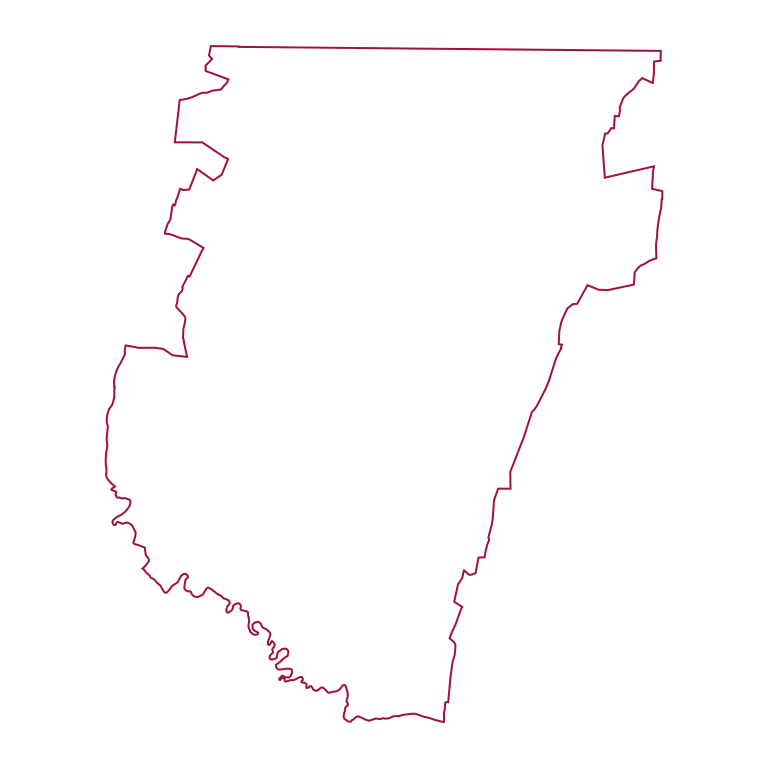 the district of Polonuevo, Atlántico, Colombia
{"feature_id": "7082276B89878493029367", "entity_name": "Polonuevo", "entity_type": "district", "adm_level": 2, "iso_a3": "COL", "parent_name": "Colombia", "parent_adm1": "Atlántico", "projection": "orthographic", "projection_center": [-74.861, 10.76], "detail": "fine", "context": "isolated", "style": "outline", "palette": "rose", "viewbox_px": 768, "rotation_deg": 0, "n_neighbors": 0, "source": "geoboundaries", "source_scale": "gbopen_adm2", "svg_char_len": 6097}
<svg xmlns="http://www.w3.org/2000/svg" viewBox="0 0 768 768"><path d="M233.9,604.9L237.0,603.4L238.5,603.4L239.4,603.7L240.7,605.0L240.9,606.2L240.4,608.7L240.7,609.6L241.6,610.2L247.0,611.4L248.0,612.5L248.0,614.8L249.2,620.3L248.4,625.9L249.0,628.6L249.9,630.1L250.0,631.5L252.4,633.8L254.0,634.6L255.6,634.8L257.7,634.3L258.0,632.8L257.3,632.0L254.3,630.6L252.8,628.8L252.4,625.3L252.5,624.8L253.9,623.2L255.9,622.2L257.1,622.0L258.2,621.9L260.4,623.0L262.4,627.3L266.5,629.4L269.7,632.3L270.5,634.5L268.0,641.7L268.1,644.5L269.2,644.9L269.9,644.5L271.5,641.5L272.0,641.1L273.3,642.0L274.8,644.5L274.1,646.9L272.7,648.3L272.3,649.5L273.0,652.2L272.5,653.2L270.7,654.7L269.9,655.9L269.5,657.3L269.8,658.9L271.2,659.5L272.5,659.4L274.9,658.8L276.7,657.9L277.6,652.6L278.5,651.6L282.5,648.9L285.6,648.6L286.6,649.0L288.3,651.0L288.3,653.0L287.5,656.1L286.0,656.7L282.6,659.3L280.8,661.2L276.0,664.8L276.1,666.9L277.2,668.6L278.5,669.6L282.8,669.3L285.3,668.7L290.5,668.8L291.3,669.2L292.1,670.5L292.2,672.3L290.6,676.2L289.6,677.0L288.9,677.4L286.6,677.4L285.0,677.0L283.1,675.8L282.1,675.7L279.7,678.2L279.2,679.6L279.6,679.9L280.1,680.0L281.6,678.4L282.7,678.1L283.8,678.2L284.6,678.9L284.8,681.2L285.2,681.5L287.0,681.3L290.4,680.2L293.3,680.1L296.1,679.1L298.5,677.7L300.6,676.9L301.5,677.0L302.2,677.3L302.8,678.7L302.8,680.0L301.6,680.9L301.5,682.1L302.0,682.5L304.3,682.8L306.2,683.7L306.5,684.6L306.3,687.3L306.7,688.1L309.1,687.3L309.6,686.3L311.0,686.1L311.7,686.7L313.3,689.6L315.0,690.6L316.4,690.8L318.0,690.2L320.9,687.7L321.9,687.4L324.0,688.3L328.0,692.5L329.3,692.8L333.5,691.5L335.7,691.5L337.2,691.0L340.0,689.2L342.0,686.2L342.9,685.3L344.1,685.1L345.1,685.2L345.8,686.1L347.7,693.1L347.8,696.4L346.7,699.9L346.5,701.4L347.7,703.2L347.9,704.4L347.7,705.5L345.9,706.8L345.2,707.8L345.2,710.6L344.2,712.7L343.6,716.0L343.8,717.4L344.5,719.1L345.8,719.7L347.8,721.2L349.7,721.8L350.8,721.7L351.8,720.2L353.2,719.6L356.4,716.7L358.0,716.3L360.1,717.0L364.9,719.4L368.4,720.6L369.4,720.6L375.8,718.5L379.0,719.0L381.1,718.9L381.8,718.4L382.9,718.2L385.4,718.7L388.9,718.3L393.7,716.2L398.1,716.0L399.3,716.3L399.9,715.8L403.2,714.8L412.6,713.7L415.4,713.8L424.8,717.1L428.2,717.6L434.6,719.8L442.5,721.8L444.0,721.9L444.1,719.6L443.9,713.0L444.8,709.4L445.0,703.6L445.4,702.6L446.0,702.2L448.2,702.1L450.4,677.9L452.5,662.5L454.7,654.6L455.4,647.5L455.4,644.9L454.3,642.5L449.6,638.3L451.0,634.2L455.6,624.2L460.5,610.6L462.2,606.9L454.2,601.7L458.1,583.9L459.5,582.3L462.3,577.7L463.5,571.6L464.1,570.4L468.6,574.4L469.6,574.9L470.8,574.8L475.6,573.2L478.5,557.6L484.6,557.3L485.9,549.6L487.6,543.7L489.3,539.5L488.4,537.7L488.5,536.9L491.9,524.1L492.8,517.6L494.0,500.3L498.1,488.7L510.5,488.7L510.3,471.8L523.8,437.2L531.8,412.3L535.1,408.6L537.2,405.3L545.7,388.6L548.7,381.4L556.2,358.0L558.6,353.0L561.3,348.4L560.8,348.0L562.0,344.7L558.7,344.1L559.4,330.8L561.0,323.2L562.1,319.7L563.8,315.9L567.4,308.4L572.8,304.2L577.1,303.9L587.5,285.2L598.6,289.7L607.9,290.1L633.8,284.6L634.5,276.5L634.6,272.4L638.1,267.9L640.7,265.6L644.8,263.8L649.2,260.9L653.9,259.0L656.4,258.4L656.0,245.7L656.4,241.0L657.0,237.3L657.4,229.9L658.9,218.2L661.2,207.6L661.7,199.2L662.2,199.2L662.3,191.1L652.1,188.8L653.0,171.7L654.0,166.3L604.8,177.7L602.4,145.3L605.2,133.5L607.7,133.4L611.2,128.1L613.9,128.4L614.8,115.9L618.8,116.4L619.9,111.3L619.7,108.4L620.1,106.2L622.8,99.3L624.6,96.5L628.8,92.6L631.4,90.8L633.8,88.7L639.1,80.9L642.2,78.1L652.7,83.0L653.8,74.8L654.1,61.5L660.6,60.8L660.8,50.9L238.7,46.9L238.7,46.4L210.9,46.1L209.0,55.5L212.1,59.0L205.5,65.7L205.7,71.0L228.5,79.4L227.0,82.4L225.3,84.7L224.2,85.4L221.2,89.4L212.2,90.7L207.3,92.6L202.2,92.9L200.3,93.5L191.5,97.4L187.0,98.8L179.7,100.1L174.8,142.3L202.3,142.4L225.0,157.7L226.8,158.2L228.1,159.2L221.6,174.8L213.2,180.4L197.2,169.1L189.3,189.5L183.2,190.0L180.1,188.8L177.1,198.4L176.0,200.5L175.4,204.0L174.6,205.4L173.4,204.5L172.3,206.4L170.3,219.6L169.3,221.5L167.9,223.3L165.0,231.9L165.0,233.7L168.3,233.9L172.6,235.0L181.0,238.4L187.9,238.9L189.8,239.7L203.6,248.0L202.3,250.0L189.6,276.5L187.9,275.9L182.2,287.3L182.7,288.1L182.1,290.9L179.2,293.8L178.3,295.3L177.8,297.1L177.2,302.4L176.2,305.8L176.2,306.7L177.0,307.8L183.4,314.7L185.0,317.0L185.4,318.1L185.0,322.0L183.4,328.8L183.0,338.3L183.5,338.8L183.9,342.2L187.1,356.9L172.6,355.3L163.2,348.9L155.1,347.8L138.5,347.8L125.7,345.4L124.8,349.2L124.9,354.5L120.1,363.9L118.3,366.8L116.6,370.6L114.9,375.8L114.0,381.7L114.2,387.0L114.6,386.8L114.3,390.9L114.3,396.6L113.7,399.9L112.1,404.9L109.0,409.4L107.5,414.0L106.9,417.2L106.7,422.2L107.8,426.3L107.8,427.3L106.7,437.3L106.8,441.2L107.4,446.2L106.1,452.9L105.7,459.6L105.8,465.0L106.5,469.9L106.1,475.0L106.5,477.3L108.3,480.0L111.4,483.5L115.0,486.5L112.4,488.2L111.5,489.1L111.5,489.8L116.3,491.9L115.5,494.7L116.8,497.1L117.4,497.7L119.0,497.5L122.5,498.5L124.8,498.0L129.8,499.9L130.2,500.6L130.4,503.4L129.9,505.2L127.7,508.8L124.6,512.3L121.2,514.8L117.4,516.7L114.0,519.2L112.8,520.7L112.5,521.9L112.7,523.3L113.3,524.4L114.1,525.0L114.8,525.1L115.3,524.9L115.9,524.3L116.6,522.7L117.5,522.0L118.1,522.0L122.5,523.8L126.2,522.7L127.4,522.7L129.8,523.6L131.3,524.6L132.3,525.8L135.6,532.3L135.7,533.6L135.1,537.1L133.4,542.4L133.6,543.3L134.4,544.0L137.5,544.8L143.9,547.2L144.9,547.8L145.5,553.7L146.2,555.6L148.7,558.9L148.9,561.0L148.4,561.8L145.2,566.1L142.5,568.6L144.2,569.8L145.8,572.2L149.4,575.4L150.9,577.8L153.7,579.0L156.9,582.6L160.4,585.6L163.0,590.3L164.4,592.2L166.0,592.9L166.9,592.4L169.2,590.0L172.1,585.9L177.7,582.3L181.0,576.0L183.7,574.0L184.4,573.8L185.9,574.0L187.4,575.2L187.8,576.1L187.8,577.5L185.5,579.7L184.4,586.2L184.4,588.6L185.7,590.2L187.6,591.3L190.4,591.4L191.0,592.1L191.8,594.2L194.0,596.3L196.5,597.0L198.3,596.9L202.1,595.0L203.3,593.9L206.4,588.6L207.4,587.7L208.4,587.7L211.0,589.0L218.4,594.7L220.3,595.4L221.8,596.6L223.5,598.4L225.6,598.9L229.0,600.6L229.7,602.7L229.4,603.8L227.3,606.7L226.6,608.6L226.3,610.2L226.7,612.0L227.5,612.5L228.3,612.5L231.8,610.3L232.6,609.0L233.1,606.0L233.9,604.9Z" fill="none" stroke="#9f1239" stroke-width="2"/></svg>